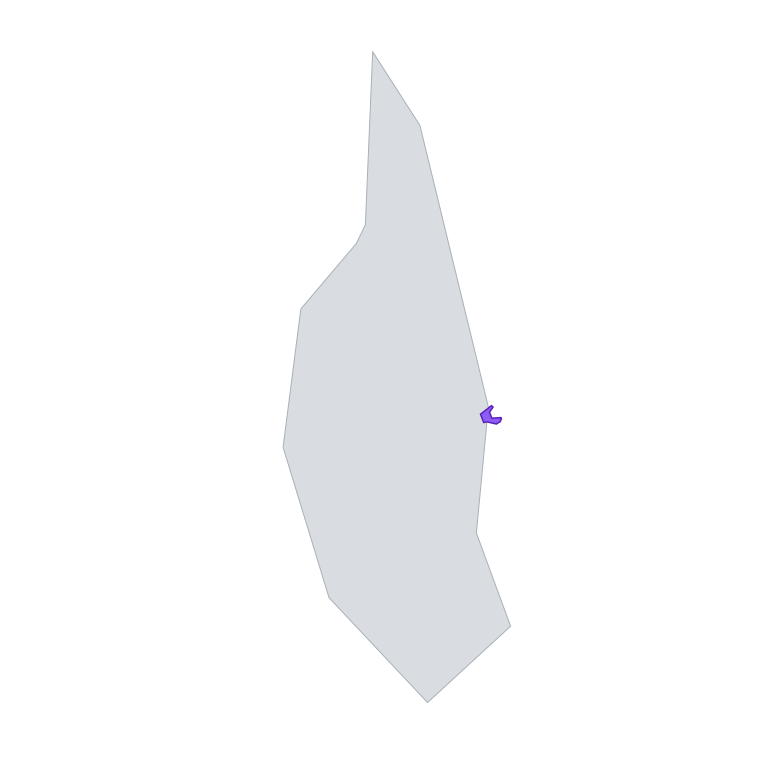 Ukaeb, Melekeok, Palau (highlighted), rotated 337°
{"feature_id": "81905179B87979542082634", "entity_name": "Ukaeb", "entity_type": "district", "adm_level": 2, "iso_a3": "PLW", "parent_name": "Palau", "parent_adm1": "Melekeok", "projection": "mercator", "projection_center": [134.634, 7.496], "detail": "fine", "context": "in_parent", "style": "filled", "palette": "violet", "viewbox_px": 768, "rotation_deg": 337, "n_neighbors": 0, "source": "geoboundaries", "source_scale": "gbopen_adm2", "svg_char_len": 820}
<svg xmlns="http://www.w3.org/2000/svg" viewBox="0 0 768 768"><g transform="rotate(337 384 384)"><path d="M405.9,656.4L299.6,694.2L249.9,559.3L266.4,402.8L336.8,282.4L413.4,243.9L429.1,230.1L503.4,73.8L518.1,160.0L471.1,445.9L410.8,557.2L405.9,656.4Z" fill="#d9dde1" stroke="#a8b0b8" stroke-width="1"/><path d="M461.0,449.5L460.7,458.4L464.0,459.1L471.9,464.8L472.3,464.7L472.7,464.6L473.2,464.5L473.6,464.4L474.1,464.3L474.6,464.3L474.9,464.3L475.3,464.2L475.8,464.2L476.1,464.1L476.3,464.0L476.5,463.8L476.8,463.6L477.0,463.4L477.2,463.0L477.5,462.6L477.6,462.4L477.8,462.2L477.9,461.9L478.4,462.1L478.5,461.9L478.5,461.4L478.6,460.9L478.5,460.6L470.0,457.6L470.1,451.2L475.3,447.9L475.3,447.5L475.0,447.1L474.7,446.5L474.7,446.4L474.5,445.9L461.0,449.5Z" fill="#8b5cf6" stroke="#5b21b6" stroke-width="1.5"/></g></svg>